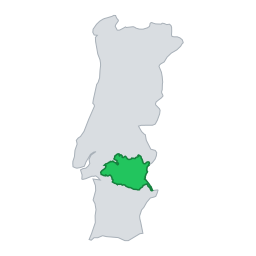 Évora highlighted on a map of Portugal
{"feature_id": "PRT-744", "entity_name": "Évora", "entity_type": "District", "adm_level": 1, "iso_a3": "PRT", "parent_name": "Portugal", "parent_adm1": "", "projection": "mercator", "projection_center": [-7.866, 38.601], "detail": "fine", "context": "in_parent", "style": "filled", "palette": "green", "viewbox_px": 256, "rotation_deg": 0, "n_neighbors": 0, "source": "natural_earth", "source_scale": "10m", "svg_char_len": 6009}
<svg xmlns="http://www.w3.org/2000/svg" viewBox="0 0 256 256"><path d="M96.5,24.3L99.7,21.2L102.9,19.2L104.6,18.5L111.9,16.4L113.8,15.4L115.6,15.5L115.9,16.5L116.9,18.5L118.1,19.8L118.4,20.8L115.6,24.9L115.2,26.4L116.7,29.0L116.9,29.8L117.6,30.2L119.6,30.1L123.1,28.3L125.5,26.9L126.3,27.5L133.2,26.7L134.8,27.3L135.9,28.1L139.3,29.1L143.0,29.2L147.5,27.8L149.5,26.4L149.9,24.8L150.0,23.7L150.6,22.9L151.6,22.5L153.3,23.2L155.6,23.9L161.2,24.1L162.2,23.2L164.1,23.5L166.6,24.6L169.5,24.2L171.0,25.6L171.6,27.3L171.7,31.2L171.5,35.1L172.1,36.5L174.0,36.8L177.2,36.8L180.0,37.9L182.2,39.7L182.9,41.5L183.2,42.8L182.2,43.6L180.6,46.3L176.8,49.9L171.3,53.1L167.1,57.1L164.2,61.9L160.6,64.0L159.5,65.1L159.0,66.4L161.4,72.2L162.2,76.7L162.7,82.2L162.4,83.8L162.2,89.8L161.6,91.6L161.7,93.0L162.6,94.6L163.0,96.0L161.4,97.9L158.4,100.1L156.1,102.0L155.5,103.8L155.7,104.9L159.4,108.7L160.1,110.3L159.6,114.0L157.4,120.1L155.4,123.8L155.0,124.2L152.6,125.2L141.3,125.3L138.5,126.1L138.9,126.9L141.6,131.6L144.3,134.2L145.3,134.7L146.3,140.3L150.8,149.2L155.2,150.4L156.7,152.6L156.4,155.7L155.1,159.1L152.4,162.6L149.2,165.0L147.1,167.4L146.9,170.3L146.3,173.8L145.3,176.7L145.0,178.6L153.0,190.5L157.5,189.9L158.0,190.2L157.2,193.0L155.8,196.3L154.2,197.0L150.3,198.0L146.7,202.3L143.8,207.4L141.6,209.9L139.6,216.0L139.8,218.6L140.8,222.7L142.9,233.3L139.9,233.7L128.4,240.6L124.8,240.6L118.2,237.6L106.4,236.6L102.6,235.7L97.8,237.7L94.1,237.7L91.2,240.2L89.1,239.5L91.5,233.8L95.3,222.6L95.1,215.7L96.0,209.7L95.0,203.7L93.1,200.0L95.7,190.4L95.4,185.4L93.0,179.0L100.2,180.0L98.0,177.5L95.8,175.9L93.7,176.3L91.9,176.2L85.7,178.7L82.7,179.4L81.8,179.0L82.1,175.0L80.5,169.9L83.0,168.6L85.8,168.2L88.3,166.0L89.8,163.6L89.0,159.3L91.1,155.1L96.0,151.6L93.5,152.2L90.5,154.3L85.9,162.2L84.4,166.2L80.5,167.5L76.9,168.2L75.1,167.7L73.0,166.7L72.8,163.8L72.9,161.4L74.4,156.8L75.0,150.2L77.1,144.2L76.9,142.7L76.3,140.3L78.2,138.0L80.5,136.5L84.0,131.4L88.8,119.1L94.5,106.1L94.0,104.5L92.8,103.3L93.3,99.8L96.7,84.4L98.1,82.4L99.6,77.8L100.0,70.5L100.6,65.4L100.5,62.9L100.0,59.8L97.8,54.0L95.6,41.6L95.4,37.4L97.3,35.3L94.2,35.0L92.8,32.3L93.1,29.2L96.5,24.3Z" fill="#d9dde1" stroke="#a8b0b8" stroke-width="1"/><path d="M149.0,165.2L147.5,166.4L147.4,166.6L147.1,167.2L147.0,167.5L146.8,169.0L146.7,170.0L146.7,170.4L146.8,170.7L146.9,171.0L147.2,171.1L147.4,171.3L147.5,171.6L147.3,172.2L145.9,174.3L145.3,176.5L144.9,177.0L145.3,177.5L145.3,178.0L144.9,178.5L144.5,179.0L144.9,179.3L145.9,180.0L149.5,184.6L149.6,184.8L149.8,185.4L150.0,185.7L150.2,185.9L150.8,186.4L151.0,186.6L152.3,190.0L152.6,190.4L152.3,190.6L152.0,190.7L151.5,190.7L151.0,190.4L150.8,190.1L150.5,189.5L150.4,189.1L150.0,188.3L149.9,188.0L149.8,187.7L149.6,187.4L148.8,187.0L148.1,186.3L147.9,186.1L147.9,185.7L147.8,185.4L147.6,185.1L147.5,184.9L147.3,184.7L147.2,184.3L147.2,184.2L146.9,184.0L146.6,184.0L145.7,184.4L145.2,184.5L144.1,185.1L143.1,185.4L143.0,185.6L143.0,185.9L142.8,186.3L142.6,186.7L142.3,187.0L142.1,187.2L141.6,187.5L140.6,188.1L140.0,188.7L139.6,189.4L139.5,189.7L139.1,189.8L137.6,189.8L136.8,189.5L136.2,189.4L134.0,189.3L133.5,189.2L131.3,188.0L130.5,187.6L128.7,187.5L125.9,186.2L125.1,185.2L124.1,184.8L123.8,184.8L123.5,184.7L122.7,185.1L122.4,185.1L122.1,185.0L121.8,184.8L121.4,184.3L121.2,184.2L120.7,184.2L119.9,184.3L117.4,184.2L117.3,184.6L116.0,183.6L115.4,183.4L115.1,183.4L114.8,183.3L114.5,183.2L113.8,182.8L113.3,182.4L112.6,182.1L112.4,182.0L112.4,181.7L112.9,180.7L113.0,180.0L112.9,179.6L112.6,179.4L112.1,179.2L112.0,178.7L112.1,178.3L111.7,177.2L111.6,176.9L111.6,176.7L111.4,176.4L111.0,176.0L110.3,175.2L110.0,175.0L109.4,175.2L108.6,175.7L108.1,175.9L107.2,175.9L106.8,175.7L106.5,175.5L106.3,175.3L106.1,175.1L105.9,174.9L105.6,174.9L105.5,175.0L105.5,175.3L105.6,175.5L105.5,175.8L105.3,175.9L104.5,175.6L103.5,175.5L102.2,174.7L101.2,174.5L101.0,173.5L100.9,173.2L100.8,172.9L100.7,172.5L100.8,172.1L102.0,170.6L104.8,168.6L105.4,167.9L105.6,167.5L105.7,167.0L105.7,166.7L106.0,166.0L105.9,165.6L105.7,165.4L104.3,165.2L105.9,163.8L107.4,163.5L107.8,163.2L108.5,162.5L108.8,162.4L109.2,162.5L109.5,162.4L109.8,162.1L110.0,161.9L110.0,161.7L110.3,161.4L110.9,161.7L111.4,161.7L111.8,161.5L112.1,161.5L112.3,161.6L112.5,161.5L112.5,161.3L112.7,161.1L112.9,161.1L113.1,161.2L114.1,162.2L114.3,162.4L115.4,162.6L115.8,162.8L116.0,163.0L116.1,163.3L116.1,163.5L116.3,163.7L116.5,163.7L116.8,163.8L117.0,164.3L117.1,164.5L117.7,164.8L118.3,164.3L118.4,163.7L118.4,163.3L118.2,163.1L117.9,162.9L117.6,162.9L117.1,162.3L116.9,161.9L116.9,161.6L117.1,160.8L116.9,160.5L116.7,160.4L116.3,160.3L114.6,159.5L114.3,159.4L114.1,159.1L114.0,158.8L114.1,158.5L114.3,158.3L114.5,158.0L114.6,157.6L114.7,157.2L114.7,156.5L114.9,156.1L115.0,155.8L115.2,155.7L115.6,155.7L115.8,155.5L116.1,155.0L116.8,154.4L117.4,154.2L117.6,154.0L117.9,153.9L118.8,153.9L119.3,154.1L119.3,154.3L119.2,154.6L119.1,155.2L119.3,155.8L119.5,156.0L119.7,155.9L119.8,155.7L119.8,155.4L119.8,155.2L120.3,154.9L120.8,154.8L121.1,154.9L121.3,155.0L122.1,155.8L122.2,156.2L122.2,156.8L122.2,157.3L122.3,157.4L123.1,157.5L123.4,157.5L123.7,157.3L123.9,157.1L124.1,156.9L124.7,156.5L125.4,156.3L125.8,156.6L127.3,158.7L128.3,159.4L128.6,159.4L129.0,159.4L129.3,159.4L130.0,159.4L131.1,159.0L131.4,158.7L131.9,158.0L132.2,158.1L132.7,158.4L133.0,158.4L133.4,158.3L133.7,158.3L134.0,158.3L134.8,158.6L135.0,158.6L135.4,158.3L135.5,158.0L135.7,157.7L136.2,157.3L136.7,157.1L137.4,157.0L137.9,156.7L138.3,156.5L138.4,156.2L138.4,155.9L138.3,155.7L138.0,155.4L138.5,155.0L138.8,155.0L139.0,155.4L140.3,156.0L140.9,156.5L141.1,157.0L141.2,157.7L141.2,158.0L141.3,158.4L142.0,159.1L142.3,160.0L142.3,160.5L142.8,161.3L142.6,161.9L142.9,162.3L143.3,163.1L143.6,163.4L144.1,163.7L144.7,163.7L144.9,163.7L145.4,163.6L146.1,162.8L146.8,162.2L147.8,161.9L148.4,161.9L148.8,162.0L149.2,162.3L149.3,162.6L149.4,163.2L149.3,163.5L148.8,164.3L148.7,164.5L148.7,164.9L149.0,165.2L149.0,165.2Z" fill="#22c55e" stroke="#15803d" stroke-width="1.5"/></svg>